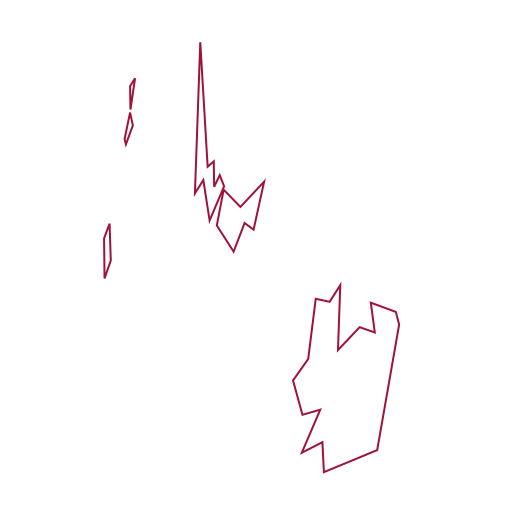 Arkhangel'sk, Natural Earth projection, rotated 281°
{"feature_id": "RUS-2354", "entity_name": "Arkhangel'sk", "entity_type": "Region", "adm_level": 1, "iso_a3": "RUS", "parent_name": "Russia", "parent_adm1": "", "projection": "natural_earth1", "projection_center": [52.194, 71.252], "detail": "coarse", "context": "isolated", "style": "outline", "palette": "rose", "viewbox_px": 512, "rotation_deg": 281, "n_neighbors": 0, "source": "natural_earth", "source_scale": "10m", "svg_char_len": 766}
<svg xmlns="http://www.w3.org/2000/svg" viewBox="0 0 512 512"><g transform="rotate(281 256 256)"><path d="M56.8,363.9L85.9,356.7L71.6,338.5L117.4,348.4L109.0,331.9L140.9,316.1L164.9,326.9L225.4,322.8L225.1,337.0L243.5,344.3L179.3,354.4L205.9,371.3L203.6,387.2L232.1,377.6L227.8,403.9L216.0,409.6L88.6,412.0L56.8,363.9ZM320.5,189.8L305.8,184.1L455.2,160.5L334.4,191.5L340.9,196.5L316.0,201.7L328.4,205.0L318.3,211.4L282.0,203.7L320.5,189.8ZM256.0,233.2L278.5,211.7L314.9,211.6L301.2,231.3L330.5,249.8L281.4,248.6L286.2,238.5L256.0,233.2ZM259.8,106.1L223.9,114.3L205.1,111.6L244.3,103.5L259.8,106.1ZM372.8,105.0L360.7,110.2L340.8,107.0L345.7,104.7L372.8,105.0ZM375.8,104.8L398.7,100.0L407.4,103.4L375.8,104.8Z" fill="none" stroke="#9f1239" stroke-width="2"/></g></svg>